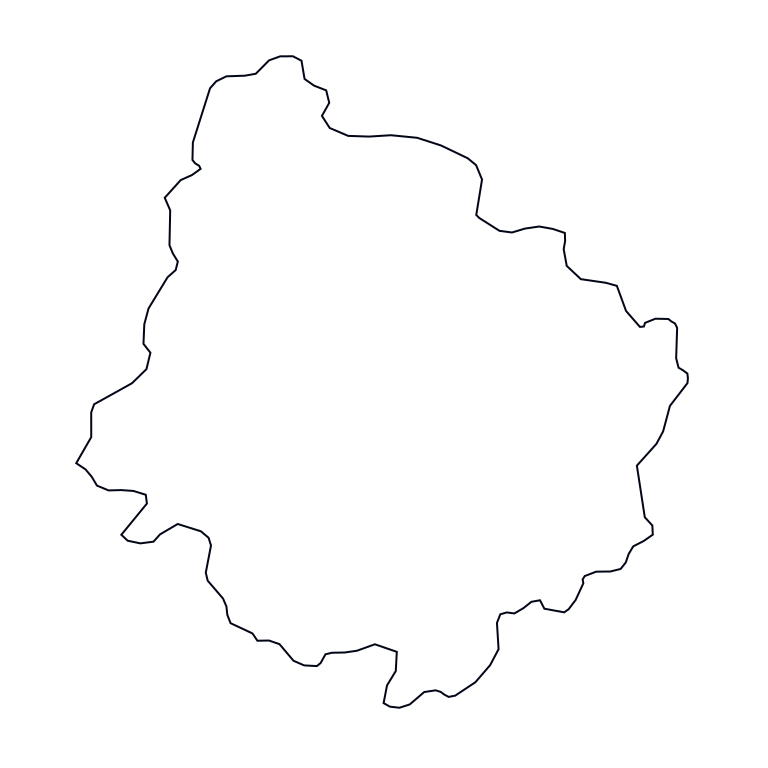 map outline of Łódź (Mercator projection), rotated 93°
{"feature_id": "POL-3147", "entity_name": "Łódź", "entity_type": "Voivodeship", "adm_level": 1, "iso_a3": "POL", "parent_name": "Poland", "parent_adm1": "", "projection": "mercator", "projection_center": [19.498, 51.569], "detail": "fine", "context": "isolated", "style": "outline", "palette": "ink", "viewbox_px": 768, "rotation_deg": 93, "n_neighbors": 0, "source": "natural_earth", "source_scale": "10m", "svg_char_len": 2027}
<svg xmlns="http://www.w3.org/2000/svg" viewBox="0 0 768 768"><g transform="rotate(93 384 384)"><path d="M367.2,81.0L390.9,97.3L416.8,102.8L429.5,108.8L452.3,127.2L503.4,116.6L511.3,108.6L520.4,107.7L527.1,116.3L533.1,126.6L540.8,130.7L549.5,133.2L556.3,138.0L559.4,148.2L560.3,162.3L565.3,173.5L568.8,175.4L572.6,174.5L589.6,181.3L599.2,187.8L602.6,192.1L600.0,212.1L591.8,216.9L593.8,225.4L600.5,233.0L606.3,241.8L605.7,249.4L607.9,255.8L616.7,258.7L642.8,255.7L659.2,263.3L677.0,277.1L691.5,296.6L693.1,303.1L690.9,307.7L688.5,311.3L687.2,316.4L689.5,327.7L702.7,341.6L706.5,351.7L705.9,361.2L702.7,367.7L684.8,365.2L670.0,357.2L650.8,357.2L644.4,379.5L651.8,397.1L654.2,409.3L655.1,421.9L657.0,428.3L666.0,432.7L669.2,436.3L669.2,449.0L665.1,459.9L649.3,474.7L646.2,485.4L647.0,497.0L640.0,502.3L630.9,524.7L622.7,528.4L614.5,529.7L606.7,533.5L589.6,549.8L581.7,552.1L554.4,548.3L546.8,551.1L540.7,559.1L534.6,582.7L545.9,599.8L553.5,605.9L555.9,619.0L553.9,631.8L548.3,638.4L515.8,614.5L507.1,616.1L503.9,628.7L503.7,641.2L504.7,653.5L500.5,665.3L492.0,671.0L484.9,677.6L479.2,687.2L452.4,673.6L427.7,674.9L419.4,672.4L396.4,635.7L381.6,622.0L365.0,618.9L356.5,626.3L336.9,626.5L320.9,623.1L288.7,605.7L281.1,598.0L272.5,596.3L264.7,601.7L256.6,605.5L221.8,606.6L209.5,612.7L191.0,597.7L185.3,586.6L178.7,578.4L175.7,580.1L173.5,584.2L170.3,587.0L152.8,587.5L97.8,573.2L90.5,567.4L85.0,557.5L83.4,539.1L80.9,528.3L66.8,515.7L62.2,504.8L61.5,492.1L65.5,483.3L83.5,479.3L89.7,469.5L93.8,457.1L106.1,453.4L119.5,460.0L131.2,451.6L138.1,432.8L137.7,411.8L135.2,390.1L136.4,363.8L142.8,339.6L154.2,312.2L160.6,303.5L174.7,296.8L210.4,300.7L213.2,297.6L225.0,276.7L226.0,264.1L221.4,251.3L218.6,237.2L220.3,223.6L223.7,211.3L231.5,210.6L240.0,211.6L256.5,207.7L269.0,192.9L271.3,167.9L273.8,156.6L298.4,146.1L313.6,131.4L313.0,127.5L309.3,126.5L304.6,116.4L304.2,103.4L306.5,100.3L308.3,96.6L312.6,94.2L343.0,93.6L352.3,90.7L354.6,86.2L357.7,81.6L362.3,80.8L367.2,81.0Z" fill="none" stroke="#020617" stroke-width="2"/></g></svg>